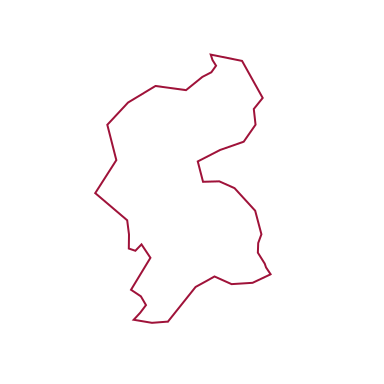 the border of Şoldăneşti, rotated 112°
{"feature_id": "MDA-1646", "entity_name": "Şoldăneşti", "entity_type": "District", "adm_level": 1, "iso_a3": "MDA", "parent_name": "Moldova", "parent_adm1": "", "projection": "orthographic", "projection_center": [28.717, 47.85], "detail": "fine", "context": "isolated", "style": "outline", "palette": "rose", "viewbox_px": 384, "rotation_deg": 112, "n_neighbors": 0, "source": "natural_earth", "source_scale": "10m", "svg_char_len": 752}
<svg xmlns="http://www.w3.org/2000/svg" viewBox="0 0 384 384"><g transform="rotate(112 192 192)"><path d="M161.4,295.7L133.0,284.8L107.4,265.6L99.8,235.7L81.4,225.5L73.7,218.9L65.9,217.0L62.0,222.4L57.6,226.1L51.7,194.7L78.3,161.7L91.9,165.8L105.8,158.3L126.0,162.9L142.5,181.7L161.5,198.1L178.4,185.6L171.9,170.7L172.5,154.0L185.7,126.4L205.2,111.8L214.5,111.5L223.6,108.2L231.2,97.7L234.2,95.1L238.7,88.5L238.8,88.3L239.0,88.4L253.5,101.8L262.6,120.8L261.9,139.5L268.3,144.6L278.7,153.1L321.3,165.8L321.3,166.0L328.3,180.1L332.3,198.2L323.4,194.8L314.1,192.3L307.9,200.3L305.5,211.9L268.6,205.9L259.5,219.2L267.7,222.5L268.1,229.4L255.0,234.5L242.5,241.5L229.3,281.3L190.8,274.1L161.4,295.7Z" fill="none" stroke="#9f1239" stroke-width="2"/></g></svg>